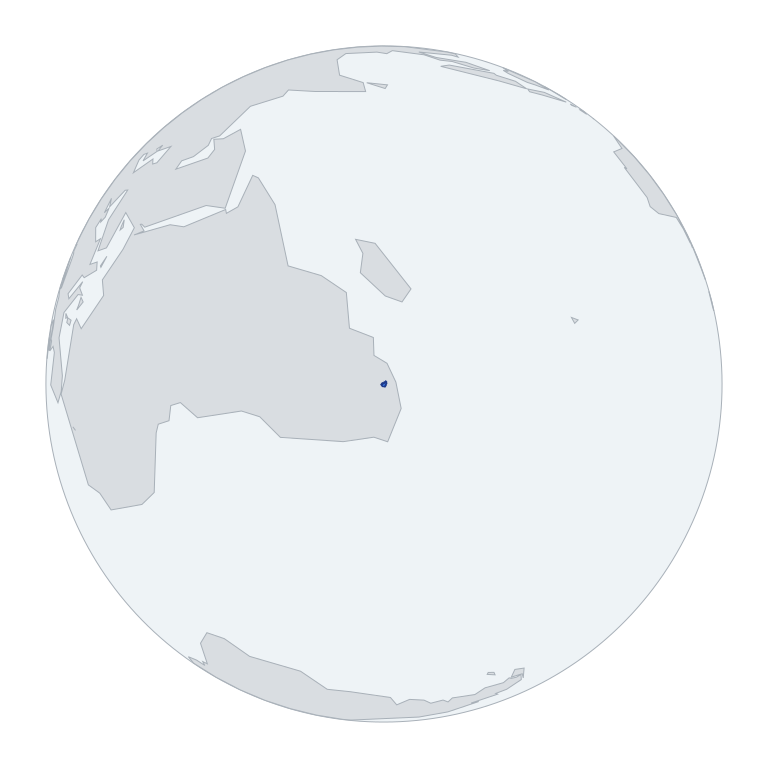 Thaba-Tseka highlighted on a globe, orthographic projection, rotated 297°
{"feature_id": "LSO-1215", "entity_name": "Thaba-Tseka", "entity_type": "District", "adm_level": 1, "iso_a3": "LSO", "parent_name": "Lesotho", "parent_adm1": "", "projection": "orthographic", "projection_center": [28.641, -29.5], "detail": "fine", "context": "on_globe", "style": "filled", "palette": "blue", "viewbox_px": 768, "rotation_deg": 297, "n_neighbors": 0, "source": "natural_earth", "source_scale": "10m", "svg_char_len": 5845}
<svg xmlns="http://www.w3.org/2000/svg" viewBox="0 0 768 768"><g transform="rotate(297 384 384)"><circle cx="384" cy="384" r="338" fill="#eef3f6" stroke="#a8b0b8"/><path d="M48.9,340.7L48.8,341.2L52.2,333.5L52.9,342.3L51.9,352.1L54.4,348.5L54.5,353.6L69.7,338.2L82.0,339.1L84.6,357.3L80.3,387.9L90.2,440.0L86.2,472.0L94.5,493.6L107.6,532.1L103.9,541.0L114.6,550.0L120.5,563.2L120.8,570.6L129.2,580.1L129.8,585.4L135.3,587.4L148.6,606.0L159.2,612.0L172.1,626.0L179.0,628.9L179.4,631.0L182.9,635.1L187.4,637.9L183.0,640.5L167.7,631.9L159.0,624.0L159.2,626.0L139.3,606.5L144.1,612.6L120.8,589.7L103.1,566.3L69.7,507.4L66.5,499.6L58.3,474.0L52.2,447.8L48.1,421.2L46.2,394.4L46.5,367.5L48.9,340.7ZM194.5,637.8L185.3,641.5L188.6,638.7L180.6,630.5L189.1,630.2L194.5,637.8ZM175.3,615.0L172.1,607.8L174.3,607.8L177.0,612.9L175.3,615.0ZM355.0,47.3L342.4,49.4L332.0,51.0L330.2,50.4L355.0,47.3ZM694.0,249.4L694.2,250.0L708.4,289.5L710.5,297.8L708.9,301.7L707.6,294.9L695.6,264.3L698.6,282.2L707.8,310.9L711.2,336.0L706.3,320.5L702.3,298.3L698.0,286.9L695.5,270.2L684.8,240.1L679.6,236.5L676.5,227.0L661.1,200.0L651.6,195.0L639.0,204.2L643.1,228.6L636.2,234.9L613.3,189.7L602.6,165.4L594.6,163.3L570.8,138.9L530.4,124.9L524.5,118.9L516.9,119.1L500.1,111.0L491.0,102.4L480.9,101.0L505.4,124.5L516.1,126.6L524.8,121.3L529.6,129.5L545.8,140.6L528.7,154.8L468.5,162.7L462.3,144.5L415.1,99.6L416.4,95.7L416.2,95.2L415.6,94.4L411.5,100.7L403.3,93.6L428.8,121.1L433.2,134.3L467.6,163.7L464.5,166.1L475.5,173.4L510.3,172.3L510.6,178.5L494.3,205.5L445.7,244.9L452.1,278.9L448.4,308.9L418.0,327.9L420.6,353.4L404.9,362.1L403.8,377.3L391.1,393.7L370.0,410.4L334.2,413.5L332.0,399.1L314.1,373.8L289.4,315.9L298.4,288.2L295.2,269.2L269.3,233.2L275.0,211.0L268.0,203.8L253.7,209.1L245.7,201.1L237.0,203.2L183.0,228.5L166.8,223.0L147.9,198.0L157.7,180.3L159.9,166.4L228.4,100.9L242.5,97.8L296.0,80.6L302.6,80.5L295.8,89.1L335.6,94.0L348.9,85.8L385.4,90.3L409.9,90.6L419.5,76.1L379.3,74.9L372.8,68.7L405.3,64.0L440.5,67.6L439.1,65.4L417.3,59.1L425.7,56.9L409.7,57.1L415.9,59.2L406.1,59.9L399.8,58.1L403.0,57.1L392.5,56.1L379.8,62.5L384.7,65.4L357.0,67.7L362.5,73.0L354.9,76.3L342.6,68.6L344.1,65.6L321.0,61.5L316.9,64.5L338.4,69.1L331.5,69.2L326.2,75.0L324.8,70.8L302.4,66.4L277.6,73.5L245.3,93.7L231.0,99.7L219.3,102.0L231.8,87.5L262.4,76.0L267.2,72.1L261.7,71.2L271.5,68.3L273.0,66.9L284.6,63.5L301.7,57.5L313.6,54.9L320.9,52.2L328.1,50.9L321.7,52.5L323.6,52.9L353.3,49.2L359.2,48.3L361.6,47.3L369.5,47.0L368.0,46.5L385.4,46.1L373.5,46.2L397.2,46.3L420.8,48.1L444.3,51.5L467.4,56.5L490.2,63.2L512.4,71.4L534.0,81.2L554.8,92.4L574.9,105.1L593.9,119.2L612.0,134.6L628.9,151.1L644.6,168.9L659.0,187.7L672.1,207.4L683.8,228.1L694.0,249.4ZM204.6,126.2L202.6,130.2L204.6,126.2ZM478.0,81.2L498.9,86.3L489.0,76.8L496.3,78.4L490.2,74.9L488.2,76.2L473.4,68.0L482.3,68.4L479.5,65.8L472.3,64.0L458.5,64.8L479.6,76.0L475.0,78.0L478.0,81.2ZM270.4,65.8L273.6,64.7L268.7,66.6L253.6,72.4L260.5,69.5L266.5,67.2L270.4,65.8ZM286.6,60.4L284.5,61.1L291.2,60.1L287.4,61.9L261.6,70.2L272.2,66.1L267.9,67.2L279.9,62.8L281.1,62.1L286.6,60.4ZM310.4,76.6L315.6,76.1L323.7,74.7L320.5,78.7L310.4,76.6ZM294.7,73.5L299.4,72.2L298.8,76.2L293.5,77.2L294.7,73.5ZM302.5,68.5L299.7,71.8L298.1,70.6L302.5,68.5ZM326.1,51.7L331.2,50.8L331.5,50.9L328.5,51.7L326.1,51.7ZM412.4,78.0L405.1,80.5L401.4,79.0L404.7,78.4L412.4,78.0ZM360.4,77.7L372.0,79.1L359.4,78.8L360.4,77.7ZM528.4,520.8L529.2,527.9L524.6,526.4L528.4,520.8ZM505.3,312.2L481.0,364.9L465.3,362.8L463.0,345.2L472.4,312.4L490.8,305.9L500.0,293.0L505.3,312.2ZM717.2,433.8L716.6,441.0L716.3,442.2L717.2,433.8ZM718.1,422.8L718.0,429.9L717.5,424.7L718.1,422.8ZM717.8,432.7L717.7,436.9L717.6,437.7L717.2,440.0L717.8,432.7ZM717.9,418.4L713.4,394.1L710.5,381.1L712.1,378.1L716.6,394.4L717.9,418.4ZM711.8,377.2L706.3,349.1L692.8,290.3L697.8,297.3L710.7,340.9L710.1,344.0L713.4,363.7L711.8,377.2ZM721.9,381.6L721.6,385.6L720.8,397.4L719.1,382.8L717.8,374.7L717.1,353.9L717.6,347.8L718.9,352.9L719.8,346.5L721.9,381.6ZM644.6,231.8L652.1,251.3L647.8,250.9L644.6,231.8ZM605.3,639.4L598.8,644.7L601.4,642.2L614.0,631.3L606.9,638.0L605.3,639.4ZM622.9,623.0L622.7,623.1L630.8,614.3L646.8,596.1L646.1,596.2L652.0,589.6L648.6,592.9L658.1,580.3L665.1,568.8L660.6,551.5L662.9,540.6L669.6,533.8L686.1,499.7L686.0,502.8L695.1,483.3L701.9,489.1L709.1,476.1L707.6,481.2L700.0,503.8L690.8,525.7L680.0,547.0L667.8,567.5L654.1,587.0L639.1,605.6L622.9,623.0ZM715.3,450.5L715.4,450.0L715.5,449.5L715.3,450.5ZM721.0,409.4L720.2,417.5L720.4,413.7L721.5,398.7L721.8,392.3L721.0,409.4Z" fill="#d9dde1" stroke="#a8b0b8" stroke-width="1"/><path d="M387.3,384.2L387.3,384.3L387.3,384.5L387.2,384.8L386.8,384.9L386.7,385.0L386.5,385.3L386.4,385.5L386.2,385.5L386.1,385.4L385.9,385.4L385.9,385.5L385.8,385.8L385.8,386.0L385.7,386.1L385.4,386.1L385.0,385.9L384.9,385.8L384.7,385.8L384.7,386.0L384.4,386.1L384.2,386.2L384.2,385.9L384.0,385.7L383.9,385.7L383.7,385.6L383.3,385.7L383.3,385.8L383.2,385.8L382.9,386.0L382.7,386.1L382.4,386.2L382.4,386.3L382.2,386.3L382.1,386.2L381.9,386.1L381.8,385.7L381.9,385.4L381.7,385.2L381.6,384.9L381.4,384.1L381.4,383.9L381.2,383.8L381.2,383.7L381.3,383.4L381.5,383.3L381.7,383.0L381.8,382.9L382.1,382.6L382.2,382.4L382.1,382.2L382.1,381.8L382.1,381.7L382.3,381.7L382.4,381.8L382.5,381.8L382.4,381.9L382.5,381.9L382.5,382.0L382.7,382.5L382.8,382.7L382.9,382.8L383.0,382.8L383.3,382.9L383.5,383.1L383.8,383.1L383.8,382.9L383.6,382.7L383.8,382.5L384.2,382.2L384.3,382.2L384.4,382.3L384.2,382.8L384.2,383.0L384.3,383.0L384.5,383.1L384.8,383.1L384.8,383.3L384.8,383.5L384.8,383.8L384.7,383.8L384.8,383.9L385.0,383.9L385.3,384.0L385.6,384.0L385.8,384.0L385.9,383.9L385.9,384.0L386.1,384.0L386.3,384.1L386.5,384.3L386.7,384.5L386.7,384.4L386.8,384.4L387.0,384.3L387.1,384.2L387.3,384.2L387.3,384.2Z" fill="#3b82f6" stroke="#1e3a8a" stroke-width="1.5"/></g></svg>